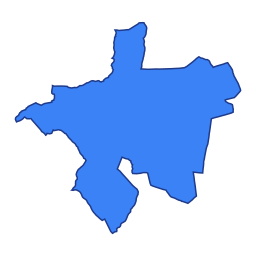 Mogotio, Rift Valley, Kenya (orthographic projection)
{"feature_id": "3690345B85271046016228", "entity_name": "Mogotio", "entity_type": "district", "adm_level": 2, "iso_a3": "KEN", "parent_name": "Kenya", "parent_adm1": "Rift Valley", "projection": "orthographic", "projection_center": [35.951, 0.165], "detail": "fine", "context": "isolated", "style": "filled", "palette": "blue", "viewbox_px": 256, "rotation_deg": 0, "n_neighbors": 0, "source": "geoboundaries", "source_scale": "gbopen_adm2", "svg_char_len": 5741}
<svg xmlns="http://www.w3.org/2000/svg" viewBox="0 0 256 256"><path d="M28.1,106.5L27.6,107.4L26.2,108.2L25.7,109.7L24.6,109.9L23.2,110.5L22.1,110.9L21.1,111.5L20.7,112.3L19.8,112.8L19.2,113.9L18.6,115.2L17.7,116.0L16.7,116.6L16.4,116.9L15.6,117.9L15.4,119.3L15.9,120.6L16.5,121.9L17.7,121.4L19.0,121.0L20.4,120.5L22.9,118.8L23.8,117.7L24.7,117.0L26.8,118.7L27.5,118.7L29.6,118.8L31.1,118.6L32.1,120.1L36.5,125.1L39.2,128.2L40.2,129.3L41.1,130.5L41.7,131.6L42.7,132.1L43.6,132.8L44.5,133.5L45.7,135.2L46.5,134.6L46.9,133.4L49.8,133.8L51.7,133.3L52.9,130.6L53.2,130.0L54.0,130.6L58.8,129.7L59.9,130.2L61.0,130.3L62.5,131.4L64.0,132.6L64.8,133.4L66.0,133.6L66.5,134.6L67.7,135.9L68.2,137.0L69.6,138.6L70.4,139.3L71.1,140.0L71.9,141.0L72.7,141.9L74.1,142.9L75.3,143.9L76.0,145.2L76.6,146.3L77.8,147.1L78.1,148.7L79.0,150.4L79.5,151.6L80.2,153.3L81.2,154.4L83.0,156.4L83.8,158.3L85.3,159.0L86.0,160.6L84.8,162.7L84.6,163.0L84.1,163.8L83.3,165.1L82.1,166.3L80.9,167.2L79.7,168.4L78.5,169.3L77.9,170.2L77.3,171.3L76.8,172.3L76.5,173.3L76.2,174.5L76.5,175.7L76.6,176.1L77.2,177.4L77.2,179.3L76.1,180.3L75.6,181.4L75.6,182.5L75.5,183.5L75.6,185.0L74.8,186.7L73.6,187.6L72.9,188.5L72.7,189.3L71.8,190.1L73.2,190.3L74.2,190.0L75.9,189.8L77.0,190.2L79.3,191.4L80.4,192.5L81.2,193.9L81.9,195.5L82.5,197.0L83.6,198.1L85.1,199.1L86.4,200.1L86.8,200.8L87.4,202.2L88.3,203.6L89.5,205.0L90.1,205.9L90.7,206.7L91.0,207.9L92.2,210.2L92.6,210.9L93.7,212.4L94.7,213.5L96.4,215.5L97.6,216.4L98.6,217.4L99.7,218.4L101.0,219.5L102.2,220.4L104.7,219.1L110.8,231.5L112.5,233.3L113.6,232.7L114.5,231.9L115.6,231.7L116.7,231.5L116.9,230.3L116.7,229.1L116.8,228.6L118.1,227.5L119.4,227.2L120.1,226.5L120.6,225.6L120.7,224.3L121.9,223.0L123.5,222.2L125.3,221.0L126.2,219.3L126.8,217.9L127.3,216.6L127.6,215.7L128.3,214.4L128.6,213.9L130.6,211.8L130.7,209.3L131.7,208.5L132.7,207.0L133.8,205.8L134.7,204.6L135.2,203.3L135.8,201.8L136.2,199.9L136.3,198.3L137.4,195.4L138.0,194.6L138.0,193.6L138.1,193.2L138.2,192.7L138.2,191.8L138.1,191.4L137.4,190.0L137.0,189.2L136.4,188.6L135.7,188.2L132.5,185.3L130.1,182.6L127.5,179.6L122.5,174.1L121.1,172.5L120.0,171.2L117.3,169.0L119.8,162.8L120.9,160.0L122.0,157.2L125.9,158.7L128.3,159.1L128.9,159.6L129.4,160.3L130.8,160.9L130.9,162.1L131.4,163.1L131.8,164.1L132.6,164.8L132.1,165.9L132.2,167.2L132.8,168.8L132.0,170.4L132.1,172.4L132.8,173.5L136.4,173.7L140.4,173.3L143.2,172.6L146.4,172.6L147.7,173.1L148.1,174.8L149.0,178.6L150.1,183.2L150.9,185.2L153.0,186.1L155.6,187.0L158.7,188.0L163.3,189.5L166.0,190.1L166.9,191.7L167.8,192.8L169.0,194.5L169.6,195.4L170.6,196.5L171.5,197.1L173.1,197.6L174.4,198.0L178.4,200.0L181.1,200.8L181.8,201.4L182.5,201.4L185.4,202.4L187.9,203.3L192.2,199.9L194.4,197.6L196.4,196.1L196.1,193.6L195.8,191.3L195.5,188.7L195.2,186.0L194.5,181.5L194.3,179.9L194.1,178.0L193.9,176.5L193.6,174.8L193.3,172.1L199.4,172.8L202.7,173.0L202.9,170.7L203.1,168.6L203.4,166.4L203.6,164.3L203.7,161.2L204.3,159.1L204.7,156.5L205.6,151.8L206.2,148.8L206.6,147.3L207.8,144.0L208.1,142.1L208.9,137.0L209.1,134.9L209.2,133.7L209.5,132.2L210.2,127.4L210.8,122.9L211.4,118.7L214.5,117.7L218.5,116.7L222.3,115.6L225.0,114.9L228.7,113.8L231.4,113.0L233.2,112.1L233.1,110.6L233.3,109.4L233.0,108.2L232.7,106.2L232.4,104.7L231.2,104.0L230.1,103.6L228.6,103.3L227.3,102.5L225.8,101.6L225.3,100.8L225.1,100.1L226.4,99.5L227.6,99.2L229.7,98.7L231.4,98.3L232.4,98.0L234.3,97.6L236.0,96.0L239.8,91.7L240.6,90.6L240.4,89.3L239.7,87.5L238.2,83.5L237.3,81.9L236.4,80.3L235.2,78.1L233.9,75.7L233.3,73.6L232.8,72.7L232.8,72.1L232.6,70.9L232.2,69.6L230.4,66.7L229.5,65.5L227.7,62.7L225.7,63.2L223.4,64.1L216.8,66.0L214.2,66.9L213.2,67.4L212.6,66.2L211.6,65.2L210.9,64.4L210.1,62.9L209.6,61.5L208.9,60.6L208.6,60.4L208.2,60.1L207.2,59.6L205.6,59.6L203.1,58.5L201.9,58.1L200.8,58.0L199.9,57.4L198.9,56.8L196.6,58.4L194.7,60.2L193.5,61.2L192.2,62.3L190.1,63.9L186.7,66.5L184.4,67.7L182.7,67.9L179.3,68.3L174.9,68.5L171.4,68.7L168.4,68.8L165.4,68.9L159.4,69.1L155.8,69.0L151.8,69.2L147.8,69.3L141.0,68.9L141.6,67.3L141.8,66.0L141.7,64.6L141.9,63.1L142.4,61.4L143.0,59.3L143.3,57.3L143.6,56.8L143.8,55.6L144.1,54.1L144.2,52.6L144.6,51.5L144.8,50.0L144.9,48.3L144.8,47.3L144.5,46.4L144.0,45.3L144.0,44.2L144.0,43.5L144.2,42.8L144.4,41.7L144.0,40.0L143.3,38.2L144.5,37.2L145.3,35.7L145.9,34.3L146.1,32.9L146.2,31.4L146.7,28.5L146.7,28.1L146.6,27.5L146.3,26.6L146.0,26.0L145.0,24.6L144.4,23.8L144.2,23.0L143.4,22.7L142.1,22.7L139.8,22.8L138.9,23.0L138.0,24.0L135.2,25.7L129.9,29.0L128.7,29.7L127.3,29.7L123.9,30.1L121.0,30.3L119.0,30.5L116.8,30.0L115.0,30.0L115.3,30.6L116.0,31.8L116.2,33.2L115.4,35.4L115.7,36.5L114.7,37.1L114.6,38.3L114.5,39.7L114.1,41.4L113.8,42.9L114.0,43.8L114.1,45.0L113.9,46.5L113.7,47.9L114.0,49.1L114.3,50.5L114.5,51.0L114.9,51.9L114.6,53.1L114.4,54.4L114.0,55.4L113.6,56.4L112.9,57.6L112.1,58.2L112.8,58.5L113.4,58.8L113.8,58.9L114.2,59.8L114.1,60.8L113.7,61.9L112.6,63.0L111.7,64.1L111.5,65.1L111.3,65.6L112.3,66.8L112.4,68.6L113.3,69.6L112.3,72.6L111.1,73.8L108.8,76.0L108.4,77.5L107.4,77.6L106.4,78.2L105.7,78.3L104.6,79.3L103.7,80.1L103.6,81.1L102.2,81.4L101.3,82.0L99.8,81.6L99.2,80.9L98.4,80.7L98.1,80.7L97.1,81.0L95.5,81.4L94.0,81.0L92.7,80.7L91.5,80.9L90.3,81.5L89.1,82.2L87.9,82.8L86.7,82.9L85.5,83.7L84.3,84.4L83.5,85.0L82.4,85.4L81.2,85.7L79.9,85.6L78.7,86.4L77.4,87.3L76.1,87.7L74.8,87.4L73.3,87.7L71.5,88.0L69.9,87.7L68.2,87.3L67.3,86.4L64.9,86.2L62.5,86.1L56.8,86.1L54.2,86.2L52.5,85.6L52.5,86.4L52.4,87.8L52.0,89.5L51.8,91.1L51.8,93.1L52.7,94.0L54.2,94.2L54.5,95.7L54.4,96.9L54.5,98.2L53.9,99.4L53.7,100.3L52.3,100.5L51.6,101.2L51.8,102.2L50.0,102.6L48.6,102.8L44.7,103.5L42.7,104.4L41.6,105.1L41.3,105.3L36.9,103.5L35.9,102.8L28.1,106.5Z" fill="#3b82f6" stroke="#1e3a8a" stroke-width="1.5"/></svg>